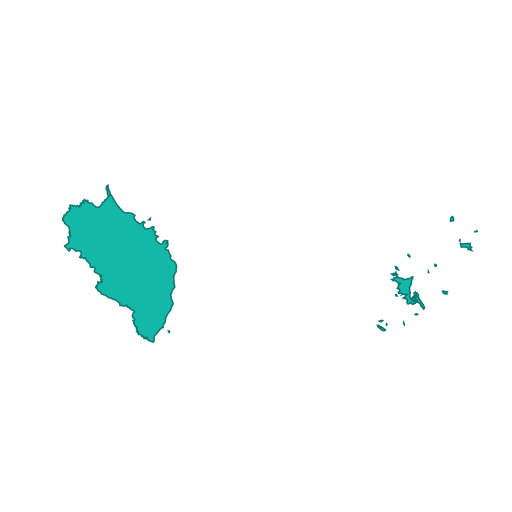 Jepara, Jawa Tengah, Indonesia, rotated 117°
{"feature_id": "22746128B68650893607060", "entity_name": "Jepara", "entity_type": "district", "adm_level": 2, "iso_a3": "IDN", "parent_name": "Indonesia", "parent_adm1": "Jawa Tengah", "projection": "robinson", "projection_center": [110.605, -6.261], "detail": "fine", "context": "isolated", "style": "filled", "palette": "teal", "viewbox_px": 512, "rotation_deg": 117, "n_neighbors": 0, "source": "geoboundaries", "source_scale": "gbopen_adm2", "svg_char_len": 6085}
<svg xmlns="http://www.w3.org/2000/svg" viewBox="0 0 512 512"><g transform="rotate(117 256 256)"><path d="M311.8,444.7L313.2,441.3L313.7,441.4L313.9,440.8L314.9,436.1L318.3,433.3L319.0,433.4L319.3,432.6L319.9,433.1L320.3,432.3L320.9,432.3L321.1,431.4L322.0,431.5L322.0,430.8L322.8,430.1L324.4,432.1L327.1,429.7L329.7,428.7L333.8,431.1L334.4,430.8L334.5,429.1L336.5,424.9L334.8,424.3L334.2,425.1L332.8,424.2L332.5,422.0L333.5,418.8L332.2,417.1L331.4,414.5L332.9,412.7L337.2,412.4L336.8,411.7L337.2,411.3L336.2,410.2L336.5,408.7L335.4,407.5L337.1,404.6L338.6,400.1L340.9,398.9L340.4,396.5L339.6,395.7L339.7,394.4L341.0,393.3L342.5,393.4L343.5,392.7L343.7,384.3L344.4,384.5L344.9,385.6L345.7,384.3L347.6,383.4L347.3,382.5L349.0,382.5L348.1,381.9L348.8,381.5L350.0,381.8L350.7,385.1L351.6,384.9L351.4,383.6L353.6,384.3L355.0,383.7L354.9,384.7L356.4,384.7L356.9,384.4L357.4,382.5L358.6,381.2L358.7,378.3L359.9,376.7L360.0,375.7L359.3,372.9L360.0,367.8L359.2,366.0L359.6,364.7L358.9,360.8L359.9,356.4L360.5,355.4L361.8,354.9L360.6,350.8L358.8,349.4L359.4,348.6L358.9,348.0L359.7,347.1L359.3,344.9L359.8,345.2L360.4,342.7L360.2,340.5L360.8,339.1L362.4,339.5L365.4,339.1L367.0,337.4L367.8,334.8L369.6,335.3L369.6,335.9L370.7,334.5L371.8,334.2L371.8,333.4L373.4,331.9L373.0,331.2L374.4,330.1L373.8,329.9L374.1,329.0L375.6,328.9L376.6,328.1L376.7,327.2L377.7,327.9L377.7,326.7L378.3,326.4L378.0,325.7L379.3,324.9L378.5,324.0L378.8,321.8L379.3,321.5L378.7,321.1L379.3,319.9L379.0,319.4L380.3,318.4L380.2,317.7L379.2,317.7L379.3,317.0L378.6,316.9L379.4,316.2L378.6,315.9L378.7,315.2L379.3,315.1L380.0,313.5L379.4,308.5L378.4,308.2L376.7,308.6L375.6,309.7L373.4,310.1L364.4,308.0L362.5,307.2L361.8,306.1L360.8,307.0L358.4,307.3L356.7,306.8L351.5,308.5L345.9,308.2L343.0,307.4L341.2,308.1L337.7,308.0L337.3,308.6L336.3,308.0L332.1,312.4L328.4,314.7L327.5,314.2L326.8,314.8L324.8,314.9L320.4,314.3L317.7,316.5L311.4,320.1L309.2,320.1L307.7,320.6L306.8,320.1L305.0,320.3L304.3,321.2L301.4,322.0L299.4,323.8L298.1,325.9L297.8,328.4L298.2,329.2L297.3,330.8L296.0,332.0L294.7,331.7L292.3,335.5L290.7,336.4L291.2,339.0L290.8,340.2L289.8,340.5L288.8,339.5L286.6,339.3L285.1,340.1L285.5,340.7L285.3,341.7L284.3,341.6L283.8,341.0L282.6,341.5L283.3,343.9L284.0,344.6L285.8,345.3L287.3,344.8L288.6,345.7L288.7,347.0L288.2,350.4L286.9,352.4L285.0,353.4L284.0,352.3L283.0,352.1L283.0,355.4L281.5,356.7L280.1,356.2L279.2,359.8L277.2,359.6L276.6,360.3L276.6,360.9L277.6,362.0L279.8,363.2L280.3,364.2L281.3,364.9L282.0,366.8L281.1,369.1L279.8,370.6L277.6,371.1L276.7,370.1L276.3,370.6L276.6,372.2L279.7,373.4L280.0,375.0L279.3,379.1L277.4,382.1L276.5,382.6L274.9,382.2L274.6,382.7L274.4,386.9L275.2,388.0L275.3,389.6L276.3,390.4L277.0,392.0L276.9,394.7L273.3,403.6L267.4,412.7L267.4,413.8L265.8,414.8L262.9,418.4L260.2,420.0L262.1,420.9L262.8,420.1L264.1,420.1L264.5,418.7L265.5,418.6L266.1,417.4L267.4,417.1L269.1,415.5L269.3,414.4L268.3,413.6L270.1,414.6L273.6,415.1L274.6,416.1L276.7,416.0L278.1,417.2L279.6,416.8L282.7,417.4L284.2,418.5L285.0,420.5L284.4,424.2L283.2,425.8L284.5,428.4L284.3,430.1L282.8,431.0L283.0,431.7L284.2,431.9L284.5,432.5L283.5,434.3L285.0,435.1L285.6,434.9L285.9,435.6L286.0,434.4L286.8,433.7L287.2,435.2L288.9,436.3L289.7,434.9L290.9,435.9L292.3,435.7L292.0,438.0L293.8,438.6L293.4,440.6L294.2,441.5L294.2,442.5L295.1,444.8L296.8,444.1L297.2,443.0L297.9,442.9L298.5,444.1L299.3,443.0L300.3,442.7L303.0,444.4L304.3,443.9L305.1,444.7L306.6,444.7L306.9,445.5L308.9,444.9L309.8,445.5L310.7,444.5L311.8,444.7ZM227.3,82.7L226.0,82.1L223.9,84.2L220.2,91.2L218.4,93.0L217.0,93.5L215.8,96.0L216.1,96.7L215.7,97.8L217.2,98.5L218.1,97.5L218.4,96.1L217.9,95.7L218.6,95.5L219.3,93.0L219.2,97.0L220.4,97.2L221.6,94.4L222.2,95.6L221.1,97.2L221.8,98.0L223.9,97.9L224.4,97.0L224.1,95.1L222.4,92.2L222.8,92.0L224.1,93.5L225.0,95.7L223.8,99.5L220.1,101.7L218.7,101.7L217.1,103.4L214.2,104.9L211.2,104.8L206.8,106.4L205.0,106.2L203.4,106.9L203.9,107.7L205.4,108.1L210.1,113.7L209.3,114.7L210.5,118.7L209.9,121.9L211.4,121.2L212.5,121.9L212.5,122.7L212.9,122.2L214.5,123.2L215.3,124.5L215.7,122.7L214.6,119.7L215.5,117.4L214.8,115.6L214.9,115.0L216.8,116.1L219.5,115.0L220.2,115.3L220.2,114.8L220.7,115.0L220.6,113.2L221.4,112.2L222.7,112.0L223.4,112.7L223.8,111.8L224.4,112.0L224.3,111.2L223.1,110.1L223.4,108.4L224.2,108.5L223.4,107.9L223.0,106.3L221.4,103.8L224.8,104.7L226.7,105.8L226.8,105.0L225.7,103.6L226.3,102.5L226.1,101.2L228.4,100.7L229.8,99.3L229.4,98.3L227.4,96.9L228.0,95.4L227.3,93.6L226.4,93.8L225.7,92.5L224.5,92.4L223.6,90.8L223.9,88.2L225.9,86.0L226.5,83.4L227.3,82.7ZM153.9,70.0L153.1,66.5L152.5,68.3L150.3,67.8L150.5,69.8L147.5,70.8L148.6,71.7L148.5,72.8L149.9,74.9L150.1,74.4L150.1,75.3L151.8,78.1L152.0,79.6L154.8,77.2L154.8,76.6L153.6,75.4L152.6,71.8L152.8,70.6L153.9,70.0ZM264.7,108.3L263.5,106.9L263.1,107.1L262.4,111.1L262.8,111.5L262.3,112.0L262.9,112.5L262.4,112.8L262.7,113.6L262.0,114.9L262.7,116.4L263.7,115.4L264.9,110.3L264.7,108.3ZM134.9,96.1L132.9,97.0L131.7,98.6L131.8,99.2L134.1,99.7L136.7,98.4L134.9,96.1ZM204.0,70.4L203.0,68.5L202.4,69.5L201.1,69.2L202.5,73.8L203.3,73.4L204.0,71.9L204.0,70.4ZM210.9,125.3L209.3,122.2L208.3,121.6L208.4,122.8L207.2,123.8L208.3,123.7L208.9,125.5L209.7,125.6L210.6,126.9L210.9,125.3ZM202.2,127.0L203.7,125.7L203.9,124.0L203.6,122.8L202.1,125.2L201.9,126.7L202.2,127.0ZM258.0,114.7L256.0,113.9L256.2,114.7L258.0,116.5L258.0,114.7ZM186.3,121.1L187.0,119.5L187.0,118.5L186.4,118.6L185.7,119.9L185.5,121.1L186.3,121.1ZM183.2,90.8L182.2,91.4L182.2,92.7L183.4,92.3L183.7,91.1L183.2,90.8ZM235.7,87.7L235.9,86.6L234.6,85.6L234.6,86.9L235.7,87.7ZM272.1,366.8L270.5,367.2L272.5,368.1L272.1,366.8ZM227.1,114.0L228.0,113.1L227.6,112.2L226.6,113.4L227.1,114.0ZM248.7,94.2L250.6,91.8L248.1,94.3L248.7,94.2ZM362.5,300.0L363.6,298.8L363.6,298.5L362.3,298.9L362.5,300.0ZM135.1,71.9L133.8,70.1L133.2,70.9L134.6,71.3L135.0,72.7L135.1,71.9ZM148.2,82.1L150.0,81.7L150.0,81.1L148.2,82.1ZM258.3,108.2L257.6,108.2L257.2,108.8L257.9,108.9L258.3,108.2ZM191.5,95.5L192.3,95.2L192.6,94.1L191.5,95.5Z" fill="#14b8a6" stroke="#0f766e" stroke-width="1.5"/></g></svg>